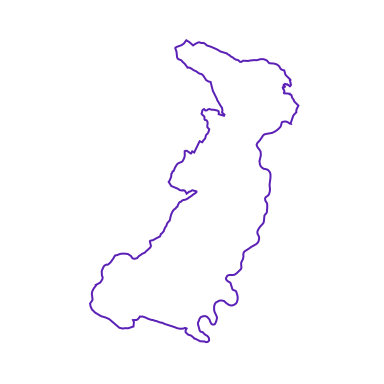 outline of Criciova, Timis, Romania, rotated 260°
{"feature_id": "2599482B5621760837960", "entity_name": "Criciova", "entity_type": "district", "adm_level": 2, "iso_a3": "ROU", "parent_name": "Romania", "parent_adm1": "Timis", "projection": "natural_earth1", "projection_center": [22.079, 45.641], "detail": "fine", "context": "isolated", "style": "outline", "palette": "violet", "viewbox_px": 384, "rotation_deg": 260, "n_neighbors": 0, "source": "geoboundaries", "source_scale": "gbopen_adm2", "svg_char_len": 6023}
<svg xmlns="http://www.w3.org/2000/svg" viewBox="0 0 384 384"><g transform="rotate(260 192 192)"><path d="M242.0,301.2L242.5,301.1L249.3,304.8L250.4,305.8L252.4,308.6L253.8,308.8L255.4,309.4L258.6,311.8L263.3,308.5L265.5,308.0L267.5,307.0L270.3,306.7L271.2,305.2L271.8,305.3L272.5,302.8L273.0,300.5L273.2,299.9L273.6,299.7L273.8,299.7L275.0,300.5L276.1,300.4L277.7,299.7L279.1,299.5L279.6,300.0L279.4,300.6L279.0,300.8L279.5,301.7L280.6,300.9L281.2,300.7L281.6,300.9L281.8,301.3L281.8,302.2L282.1,302.3L281.8,302.8L282.0,303.1L281.2,304.1L281.4,304.7L279.1,306.8L279.3,307.2L279.7,307.4L280.3,308.1L281.5,307.9L282.1,308.1L284.9,307.7L285.2,307.8L285.3,308.4L285.5,308.4L290.7,304.7L291.9,304.3L295.7,304.0L296.0,303.2L297.2,301.2L297.8,300.7L300.6,299.7L301.9,298.7L302.9,297.7L304.3,294.9L305.4,290.5L306.1,290.0L308.3,288.7L309.0,287.9L310.3,285.8L310.8,283.4L310.9,281.6L310.5,279.0L311.1,276.2L311.4,272.2L311.3,270.1L312.4,265.2L311.6,263.2L311.8,261.9L313.7,260.5L314.9,258.0L315.8,256.8L317.0,256.0L318.9,253.6L320.1,252.8L321.6,250.9L322.4,250.4L325.5,244.3L327.2,242.5L328.7,240.5L332.1,235.3L333.4,232.7L334.0,231.9L335.4,230.9L336.8,229.2L337.0,227.7L337.2,226.8L338.1,225.4L338.2,224.2L337.3,221.0L336.2,218.5L340.2,215.3L342.4,212.7L339.9,210.1L339.4,209.4L338.3,206.8L337.6,202.3L337.0,200.7L336.4,200.5L332.9,201.1L327.4,200.7L325.8,201.1L325.0,201.9L323.9,203.9L323.3,204.5L321.7,205.4L319.7,207.0L315.9,209.0L315.2,209.2L315.2,210.1L314.7,211.5L313.9,212.5L311.6,214.9L310.1,217.1L307.7,219.4L307.0,220.5L306.8,221.2L306.0,222.4L304.4,223.4L299.7,225.4L297.9,227.5L297.2,229.4L288.0,230.1L279.6,232.6L278.4,232.7L271.2,235.4L269.9,236.1L267.5,236.2L266.5,236.0L265.4,235.4L264.9,235.5L262.5,237.4L261.5,236.7L264.0,231.8L266.0,232.3L267.1,232.1L267.6,231.5L269.0,228.4L269.7,225.5L270.7,223.5L270.6,222.3L269.9,220.9L269.8,219.9L270.0,219.3L271.6,218.3L271.1,217.0L270.1,216.1L269.1,215.9L267.5,215.0L266.7,215.3L264.7,216.9L263.7,217.3L261.5,216.9L260.8,217.2L260.1,218.7L259.7,219.0L258.6,219.4L256.7,219.3L255.2,218.7L253.0,218.4L250.8,219.9L248.5,218.8L246.8,217.5L246.0,216.1L245.4,215.6L242.7,214.4L242.2,214.0L240.9,212.2L239.6,211.2L239.2,210.6L240.7,208.4L240.5,208.2L230.5,201.0L232.0,199.3L230.1,197.8L230.1,197.6L233.5,194.0L233.7,192.9L233.5,191.9L228.7,191.1L226.5,190.0L224.6,188.6L223.5,187.4L222.9,184.2L222.4,182.9L221.8,182.0L219.0,179.5L215.9,177.6L215.6,176.4L214.2,175.7L213.1,174.6L211.8,174.5L210.2,173.9L207.0,171.8L206.0,170.8L201.5,172.6L197.4,179.0L196.3,179.9L195.8,180.6L195.1,182.9L195.4,183.2L195.3,183.7L194.9,184.3L194.7,185.0L192.5,186.1L191.3,186.4L191.5,187.0L192.7,189.0L193.0,191.1L193.6,192.2L193.6,192.6L193.6,193.0L192.9,194.1L192.3,195.8L191.9,196.4L191.7,196.5L190.9,196.2L189.8,194.0L189.7,193.4L188.3,191.0L187.1,188.1L186.3,186.6L185.6,184.4L185.6,181.8L185.0,180.3L184.3,179.3L184.2,178.3L183.9,177.7L181.6,175.8L180.1,175.1L179.7,174.0L178.6,172.9L178.0,171.5L176.5,169.7L173.4,167.5L167.8,165.1L166.1,162.8L165.3,162.1L164.1,161.3L162.9,160.8L162.1,159.7L159.5,157.9L158.5,157.5L158.0,157.0L156.6,155.3L156.0,154.0L154.6,153.3L153.7,152.6L152.9,149.6L151.4,145.4L151.2,142.3L150.9,142.0L150.4,141.9L146.5,142.2L145.5,142.0L144.4,141.0L141.2,135.9L140.5,135.1L139.8,132.2L139.3,131.3L138.1,128.5L136.4,126.5L136.2,124.1L136.3,123.2L137.2,121.8L139.5,120.8L141.9,118.3L142.2,117.6L142.9,115.3L143.4,112.5L143.5,110.7L143.4,109.7L142.8,107.3L142.9,105.6L142.8,105.2L140.1,102.9L136.8,99.5L135.2,96.9L135.1,95.9L135.3,95.4L135.3,95.0L134.9,93.5L134.6,92.8L133.5,91.8L131.1,90.1L129.5,89.3L125.4,88.8L123.5,89.2L121.7,88.6L119.6,86.8L118.6,85.6L117.2,81.2L116.8,81.4L114.0,78.4L111.4,76.5L109.3,75.7L103.3,75.4L102.3,74.7L99.8,72.2L96.5,72.3L93.7,73.1L90.1,75.6L85.5,80.9L83.2,85.5L81.1,88.5L70.9,96.9L69.5,100.2L69.6,101.9L68.9,105.5L69.7,111.0L74.0,112.2L76.1,111.7L75.6,115.2L76.2,116.7L77.9,118.7L78.4,119.0L78.0,120.9L78.0,121.6L76.4,124.5L74.8,126.7L73.2,129.6L72.6,131.6L71.8,132.7L70.9,135.0L70.4,135.6L68.7,138.7L68.5,139.9L66.9,142.0L61.9,151.5L60.6,153.5L59.5,156.1L59.0,159.2L59.2,160.8L59.4,161.2L58.8,162.7L58.5,163.0L56.8,161.7L56.2,161.5L54.9,161.4L52.1,163.5L50.9,166.0L50.4,166.5L47.7,168.7L47.2,168.8L46.8,170.0L43.6,174.1L42.6,178.4L41.7,179.7L41.6,181.3L42.4,182.7L43.0,183.1L45.1,183.3L46.7,182.7L47.9,181.8L48.9,180.5L50.3,179.3L52.1,178.2L52.7,176.7L53.3,175.9L54.4,175.5L61.2,174.9L63.0,175.6L63.9,176.4L65.3,177.1L66.7,178.2L67.4,179.4L67.6,180.7L67.7,182.3L67.4,183.5L66.8,184.8L65.1,186.1L63.4,187.1L61.1,187.4L59.0,188.1L58.2,188.8L57.9,189.4L57.7,190.5L57.7,191.0L58.2,191.9L60.9,193.6L63.2,194.6L64.8,194.8L70.2,193.4L71.8,193.3L74.5,193.7L76.2,194.2L77.9,195.2L79.0,196.3L80.2,199.9L80.2,201.4L79.8,202.9L79.1,204.6L76.6,206.5L75.1,208.0L74.2,209.2L73.4,210.8L73.3,212.2L73.8,214.4L74.7,216.2L76.0,217.2L78.1,218.2L80.4,218.7L81.8,218.8L86.1,218.3L87.1,217.7L88.5,215.4L89.3,214.9L95.7,214.1L96.7,213.3L97.6,212.0L98.9,211.0L100.0,210.4L101.1,210.4L103.3,212.1L103.7,213.3L103.7,214.8L103.2,217.5L103.1,219.0L103.4,220.2L104.3,222.0L107.4,226.6L108.8,227.5L112.8,227.9L114.1,228.3L117.1,230.5L119.3,231.4L121.7,231.7L123.0,232.2L124.3,233.3L126.5,238.5L127.6,240.7L129.5,246.2L130.8,248.1L132.0,249.0L134.6,250.1L136.0,250.2L137.3,250.0L139.4,249.3L140.5,249.3L142.0,249.7L143.5,250.7L145.9,252.9L148.1,255.8L149.3,257.1L151.0,257.8L156.1,259.2L157.2,260.2L158.1,261.5L159.1,262.2L163.7,263.4L166.4,263.9L168.4,263.8L169.9,263.0L171.4,262.7L173.1,262.9L174.1,263.7L175.1,265.9L176.3,267.4L179.2,268.8L181.4,269.3L185.5,269.6L192.6,271.8L196.2,272.4L198.3,272.0L200.6,270.6L201.7,268.7L202.4,266.6L204.2,264.9L205.4,264.2L207.1,263.7L210.7,263.8L216.0,266.1L218.7,266.5L220.0,266.5L221.7,265.9L224.1,264.6L226.1,263.9L227.5,263.9L228.4,264.5L229.2,265.2L230.6,267.2L233.0,269.7L234.7,271.2L235.8,272.5L236.3,274.0L236.3,281.2L237.1,284.0L238.0,286.1L239.2,288.2L240.6,290.2L241.8,291.1L244.7,292.4L245.3,293.1L245.3,295.8L244.8,297.4L243.8,298.8L242.4,300.2L242.0,301.2Z" fill="none" stroke="#5b21b6" stroke-width="2"/></g></svg>